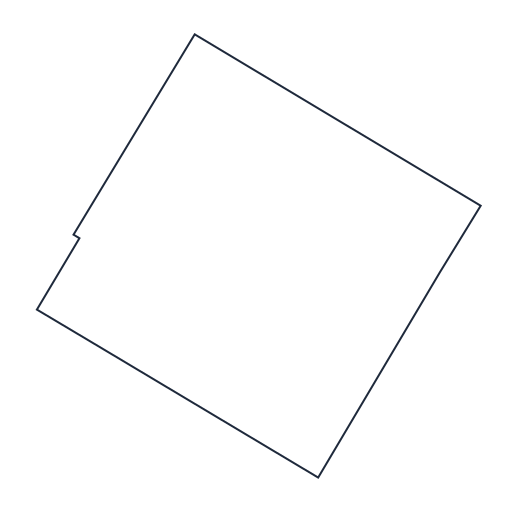 the district of Poweshiek, Iowa, United States of America, rotated 31°
{"feature_id": "52423323B384503351074", "entity_name": "Poweshiek", "entity_type": "district", "adm_level": 2, "iso_a3": "USA", "parent_name": "United States of America", "parent_adm1": "Iowa", "projection": "natural_earth1", "projection_center": [-92.541, 41.686], "detail": "fine", "context": "isolated", "style": "outline", "palette": "slate", "viewbox_px": 512, "rotation_deg": 31, "n_neighbors": 0, "source": "geoboundaries", "source_scale": "gbopen_adm2", "svg_char_len": 279}
<svg xmlns="http://www.w3.org/2000/svg" viewBox="0 0 512 512"><g transform="rotate(31 256 256)"><path d="M341.7,414.1L423.4,413.9L422.0,175.0L422.7,97.2L89.3,97.6L88.6,331.7L95.5,331.7L95.8,414.8L177.4,414.5L341.7,414.1Z" fill="none" stroke="#1e293b" stroke-width="2"/></g></svg>